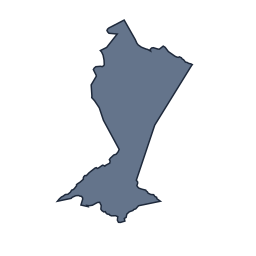 Pedra, Pernambuco, Brazil, rotated 205°
{"feature_id": "56859067B75166120123114", "entity_name": "Pedra", "entity_type": "district", "adm_level": 2, "iso_a3": "BRA", "parent_name": "Brazil", "parent_adm1": "Pernambuco", "projection": "mercator", "projection_center": [-36.895, -8.673], "detail": "medium", "context": "isolated", "style": "filled", "palette": "slate", "viewbox_px": 256, "rotation_deg": 205, "n_neighbors": 0, "source": "geoboundaries", "source_scale": "gbopen_adm2", "svg_char_len": 1847}
<svg xmlns="http://www.w3.org/2000/svg" viewBox="0 0 256 256"><g transform="rotate(205 128 128)"><path d="M141.1,208.5L140.0,207.3L143.5,207.5L145.0,207.2L150.0,206.9L153.9,207.6L155.8,208.6L158.8,211.2L177.1,224.2L187.6,210.6L188.3,209.0L188.3,207.5L187.0,206.5L185.3,205.8L177.5,208.6L181.4,192.0L185.8,186.5L184.0,185.7L181.3,183.4L178.4,179.4L176.3,175.4L176.3,174.3L177.3,172.7L179.0,172.3L183.0,170.0L183.9,168.2L184.1,166.3L179.2,162.4L178.6,161.5L179.6,151.5L174.2,141.7L173.7,140.2L169.7,138.5L162.6,134.2L153.5,124.6L127.0,104.9L126.9,102.3L127.6,99.3L129.5,97.5L131.2,93.3L131.5,91.4L130.2,90.5L129.7,88.4L132.3,85.0L132.9,83.6L134.2,83.8L135.4,83.5L137.8,79.3L138.8,78.3L139.9,78.7L140.9,77.8L144.3,71.2L145.6,67.3L147.0,66.7L147.5,65.2L147.4,63.7L146.8,62.7L148.6,58.6L150.3,55.9L150.7,54.8L150.2,53.8L151.1,50.1L151.8,48.8L152.8,47.9L153.1,45.4L154.5,42.5L156.7,41.2L158.0,38.8L159.2,37.3L160.3,34.6L161.0,31.8L149.8,40.2L149.3,41.6L146.7,44.6L144.1,46.0L143.0,45.9L141.3,46.4L139.7,45.6L139.0,44.4L138.1,38.3L131.2,39.8L132.4,40.5L130.4,41.1L127.6,43.0L124.3,47.5L122.3,48.7L119.5,46.4L118.3,43.0L116.8,42.1L114.4,41.7L113.2,42.6L112.2,41.8L111.0,41.3L109.5,41.4L108.5,41.8L107.5,41.3L105.9,41.4L102.1,43.3L99.8,43.3L98.7,40.0L96.8,38.5L95.0,39.2L91.5,42.3L93.1,44.5L91.9,46.2L92.7,49.4L91.4,52.6L88.7,55.3L88.3,56.6L86.8,58.0L85.6,62.0L67.7,75.3L71.9,76.1L72.8,77.3L74.7,77.3L76.6,78.4L79.2,77.4L82.2,77.4L83.4,78.3L84.8,78.6L85.7,79.2L89.7,78.4L92.6,78.1L93.8,78.4L95.6,79.5L95.9,82.1L96.5,83.2L98.4,84.2L105.0,141.9L96.8,211.5L96.5,212.6L98.1,212.7L100.3,212.2L102.0,212.4L103.8,212.0L106.6,213.4L107.9,213.4L109.3,214.2L111.5,214.2L112.2,213.3L113.6,212.9L115.9,212.9L123.7,214.3L128.4,216.8L130.7,217.1L132.9,212.7L134.1,212.2L139.0,211.5L140.4,210.5L141.1,208.5Z" fill="#64748b" stroke="#1e293b" stroke-width="1.5"/></g></svg>